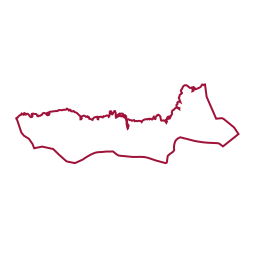 the district of Kanifay, Federated States of Micronesia, rotated 71°
{"feature_id": "79324940B58732194011753", "entity_name": "Kanifay", "entity_type": "district", "adm_level": 2, "iso_a3": "FSM", "parent_name": "Federated States of Micronesia", "parent_adm1": "", "projection": "albers", "projection_center": [138.063, 9.479], "detail": "fine", "context": "isolated", "style": "outline", "palette": "rose", "viewbox_px": 256, "rotation_deg": 71, "n_neighbors": 0, "source": "geoboundaries", "source_scale": "gbopen_adm2", "svg_char_len": 5150}
<svg xmlns="http://www.w3.org/2000/svg" viewBox="0 0 256 256"><g transform="rotate(71 128 128)"><path d="M169.7,25.5L162.0,27.5L150.9,34.4L149.3,35.9L147.9,41.6L124.1,43.5L111.9,41.0L111.7,41.5L112.0,42.6L111.2,43.3L111.1,44.0L112.6,45.5L113.1,47.2L113.3,49.5L113.3,50.7L113.4,51.3L111.5,52.2L110.6,52.7L110.6,53.4L111.0,53.6L112.1,53.5L113.3,53.2L113.8,53.7L114.2,54.5L114.2,55.1L113.5,54.7L112.9,54.4L111.8,54.4L111.1,54.6L110.4,55.0L110.5,55.5L110.3,56.3L109.2,57.1L107.6,58.0L106.5,59.0L106.1,60.5L106.3,61.8L107.3,63.0L108.7,64.3L109.5,65.6L110.6,66.0L111.3,65.9L112.1,65.6L112.4,65.6L112.8,65.7L113.0,66.3L113.1,67.3L113.8,68.5L114.8,69.0L115.2,69.2L115.6,69.9L116.2,70.2L116.7,70.1L117.4,70.0L118.5,70.1L119.4,70.2L120.1,70.0L120.6,70.0L120.0,70.5L119.6,71.3L119.6,72.2L120.0,73.0L120.7,73.1L121.3,73.3L121.6,73.8L121.7,74.4L122.2,74.8L122.9,75.0L123.0,75.0L123.9,74.9L124.7,74.6L125.2,74.2L125.9,73.0L126.2,73.3L126.7,73.4L126.1,73.8L125.3,74.6L124.4,75.3L124.4,76.0L125.0,77.6L125.7,78.8L125.9,80.3L126.6,80.8L127.4,81.5L128.2,81.5L128.7,81.7L129.2,81.9L129.7,82.4L130.2,83.4L131.0,83.8L131.8,84.7L132.6,85.4L132.5,85.9L132.0,85.7L131.4,85.2L130.6,85.0L130.5,85.7L130.4,86.6L130.8,87.4L131.4,87.9L131.9,87.8L132.4,87.0L132.7,87.8L132.6,88.7L132.6,89.8L132.9,90.2L134.0,89.6L134.6,89.1L135.1,89.6L135.6,90.1L134.6,90.4L133.3,90.6L132.9,91.5L132.2,92.3L132.1,93.7L131.6,94.2L130.1,94.1L127.9,93.7L127.2,93.9L126.2,94.3L125.3,95.1L125.3,96.1L125.8,96.5L126.1,97.4L126.9,98.7L128.0,98.8L128.4,99.2L127.9,100.0L127.2,100.3L126.2,100.0L125.8,100.0L126.1,100.5L127.2,101.2L127.8,102.4L127.4,103.0L126.7,103.4L126.7,104.2L126.8,104.9L126.1,105.1L126.0,106.1L126.2,106.8L125.6,107.6L125.4,109.1L125.5,111.0L126.0,112.3L126.8,113.1L126.0,113.4L125.2,114.5L124.7,115.7L124.6,117.0L124.0,117.9L123.8,119.4L123.3,119.6L122.6,119.6L122.4,120.6L122.5,121.9L121.6,122.5L121.0,123.9L120.1,124.5L119.6,125.3L120.1,126.3L121.0,126.6L122.0,126.8L123.0,127.2L123.7,127.3L124.6,127.0L125.5,126.6L126.0,126.8L125.6,127.2L126.0,127.5L127.2,127.7L128.2,128.0L128.5,128.5L127.3,128.5L125.2,128.2L123.3,127.9L122.7,127.7L122.1,127.5L121.5,127.1L120.9,127.2L120.3,127.2L119.5,127.0L119.0,126.9L118.6,127.1L118.3,126.9L117.7,126.4L117.0,126.2L116.9,126.6L117.1,127.8L116.7,128.1L116.3,127.7L116.3,126.7L116.4,126.1L115.7,126.2L114.9,126.6L114.6,127.4L115.0,128.4L115.4,129.0L115.1,129.8L114.7,130.6L114.5,130.3L114.6,129.0L114.3,128.3L113.5,128.2L112.8,128.3L112.4,129.0L112.2,130.1L111.6,131.1L111.8,132.0L112.7,131.8L113.4,131.6L113.7,131.8L113.5,132.5L113.9,133.3L113.8,133.7L113.1,133.7L112.4,133.7L112.2,134.2L112.7,134.6L113.6,134.7L114.2,135.1L114.3,136.0L113.6,136.0L112.4,135.6L109.6,134.7L107.7,134.8L107.5,135.3L108.5,136.3L108.8,137.1L109.5,137.5L110.0,138.5L109.7,138.9L108.1,138.4L106.7,138.6L106.4,139.4L106.9,140.1L108.0,140.3L111.0,142.0L111.2,142.6L110.1,142.6L109.2,143.9L109.4,145.4L109.4,146.6L108.9,147.3L109.3,147.8L109.8,148.4L109.3,149.1L108.9,149.2L108.5,149.9L108.3,151.2L108.0,152.0L108.7,152.7L109.9,153.2L109.8,153.3L109.7,153.8L108.6,153.7L108.4,153.6L108.0,153.6L107.4,153.5L107.1,154.8L107.1,156.7L107.8,158.1L108.6,158.7L108.8,158.9L108.1,159.7L107.5,160.2L106.9,161.2L106.5,161.7L105.6,161.3L104.6,161.7L103.9,162.4L104.4,162.8L103.9,163.3L103.8,164.1L103.2,164.3L102.0,165.5L101.9,166.8L102.0,168.0L102.7,168.6L103.6,168.6L103.9,168.6L104.5,169.4L104.3,170.1L103.7,169.9L103.3,169.8L102.0,169.4L101.2,169.3L100.1,170.0L98.9,170.6L97.5,171.2L96.8,171.8L96.1,172.5L95.5,173.4L94.7,173.6L94.1,174.2L94.2,175.4L93.8,176.0L93.6,176.3L92.4,176.4L91.8,177.1L92.1,177.6L92.3,178.1L91.8,178.3L90.5,178.8L89.8,179.4L90.5,180.6L90.3,181.4L89.8,182.9L89.7,184.6L89.3,185.5L88.5,187.9L88.8,188.4L89.0,189.2L88.4,191.1L87.9,193.4L87.2,196.9L87.6,197.5L87.4,199.0L87.6,200.3L88.4,200.1L88.6,199.4L88.3,198.0L88.9,197.6L89.8,198.4L89.9,199.7L89.1,200.5L88.2,200.7L87.0,201.7L86.9,201.8L86.4,202.6L86.4,204.0L87.0,204.4L87.3,205.0L87.7,205.6L87.5,206.4L87.8,207.2L87.5,208.1L87.3,208.3L87.7,209.1L87.5,209.6L87.4,209.7L86.9,209.8L85.6,209.9L84.8,210.4L84.0,212.5L83.4,213.1L83.4,214.4L84.2,214.9L85.5,214.3L86.2,215.0L86.2,216.1L85.4,216.9L84.9,217.0L83.5,217.4L81.9,218.2L81.6,219.1L81.9,220.0L82.1,220.3L81.7,220.8L81.3,220.7L80.8,220.6L80.1,221.2L80.6,222.1L81.3,222.5L80.4,223.3L79.7,223.9L80.1,224.4L80.7,224.6L80.8,226.4L81.5,228.1L81.7,228.3L82.3,229.1L82.1,229.9L82.4,230.5L83.2,230.5L84.4,230.2L97.6,230.3L101.4,228.9L106.0,225.2L111.9,223.5L116.6,223.3L117.2,218.7L117.6,215.6L118.0,214.6L122.0,208.1L123.5,205.6L131.0,201.8L137.8,198.0L139.6,196.9L143.5,190.4L143.9,189.0L143.1,180.9L142.4,178.6L141.5,174.6L140.9,170.7L140.7,167.4L141.0,164.6L142.1,160.8L143.3,155.8L144.6,152.1L145.2,150.0L145.9,149.4L148.4,147.9L150.7,146.2L151.8,144.2L156.9,133.0L158.7,127.6L159.8,124.4L160.8,122.0L162.7,118.8L167.8,112.2L171.4,106.9L173.4,104.0L173.4,102.8L172.5,102.1L171.3,101.5L167.4,99.6L166.3,97.2L165.2,93.3L164.0,91.6L160.9,90.7L157.9,89.2L155.4,87.1L154.2,84.5L153.8,81.6L159.5,72.9L161.7,69.6L163.5,66.4L165.5,62.6L167.0,59.4L168.0,57.1L171.5,48.3L172.5,46.8L176.3,44.2L169.7,25.5Z" fill="none" stroke="#9f1239" stroke-width="2"/></g></svg>